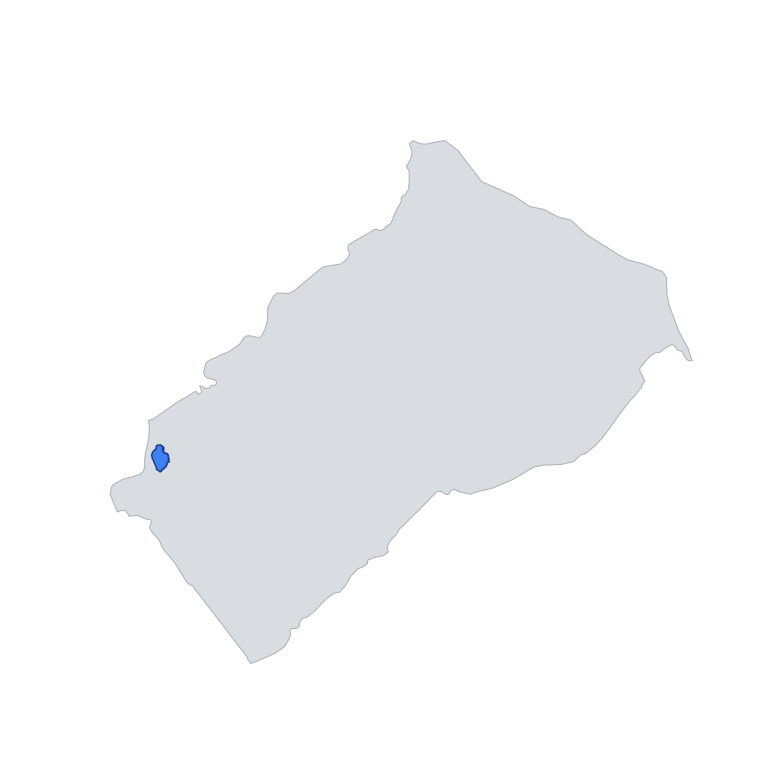 Yunyoo-nasuan, Northern, Ghana shown in context, rotated 233°
{"feature_id": "2480657B16330149254954", "entity_name": "Yunyoo-nasuan", "entity_type": "district", "adm_level": 2, "iso_a3": "GHA", "parent_name": "Ghana", "parent_adm1": "Northern", "projection": "robinson", "projection_center": [-0.116, 10.434], "detail": "fine", "context": "in_parent", "style": "filled", "palette": "blue", "viewbox_px": 768, "rotation_deg": 233, "n_neighbors": 0, "source": "geoboundaries", "source_scale": "gbopen_adm2", "svg_char_len": 5497}
<svg xmlns="http://www.w3.org/2000/svg" viewBox="0 0 768 768"><g transform="rotate(233 384 384)"><path d="M460.5,98.7L465.6,104.2L466.7,107.3L464.9,119.0L461.2,127.2L458.8,135.0L459.1,138.8L461.4,142.6L469.1,148.7L473.1,152.6L477.8,158.6L483.2,164.4L492.4,171.9L496.3,173.3L496.1,175.4L494.9,178.3L494.0,206.5L493.3,213.8L492.6,217.5L491.8,228.0L490.8,229.5L489.1,229.4L487.5,229.8L487.1,231.9L487.7,234.0L493.3,235.6L492.1,237.2L487.9,238.6L486.0,241.8L486.9,245.4L484.6,248.3L485.2,250.3L486.7,251.7L489.0,251.2L495.5,246.3L498.3,245.8L501.6,246.8L507.9,254.2L508.1,257.8L505.6,270.2L503.1,279.8L502.7,292.6L505.3,299.8L504.9,303.7L502.1,307.1L495.7,312.1L496.2,315.4L499.1,321.7L504.5,328.7L515.1,337.4L520.7,348.7L520.8,353.3L517.6,357.9L513.8,361.8L512.5,367.6L514.3,405.4L505.9,421.8L505.8,426.5L506.6,431.9L508.9,435.2L513.1,436.1L516.6,439.3L515.4,450.8L513.6,462.6L513.3,468.3L512.2,471.0L508.9,473.2L507.7,476.9L508.6,481.4L507.9,484.8L509.7,489.2L513.5,494.7L519.7,508.2L522.0,509.3L523.1,512.1L522.4,514.9L524.8,520.9L531.6,526.9L538.8,532.1L544.6,532.9L546.0,537.6L549.8,543.5L552.6,546.1L557.0,547.8L560.6,548.7L560.8,553.8L554.3,557.2L549.9,562.4L546.5,570.3L541.8,579.1L525.8,583.6L519.7,583.6L486.8,583.8L455.9,601.0L438.2,607.1L427.3,616.7L412.6,623.6L402.3,631.9L381.0,635.9L346.1,649.0L335.2,654.1L324.1,663.2L306.1,673.9L299.1,673.8L285.0,663.8L274.4,658.8L248.6,651.2L229.2,648.2L219.9,644.9L217.3,644.4L219.5,640.8L224.9,640.6L230.6,641.6L234.9,638.9L241.2,638.6L242.8,635.7L243.4,628.5L243.3,622.7L245.5,620.1L246.1,613.2L243.0,598.1L240.8,596.3L229.5,594.2L228.7,591.2L226.7,588.0L224.5,580.2L222.1,568.5L218.2,554.1L210.6,530.3L208.8,521.9L207.5,513.4L207.2,503.1L208.8,499.3L208.6,494.1L207.9,488.8L213.3,476.7L223.7,461.9L226.0,456.5L227.9,452.8L228.2,447.5L230.1,430.2L235.1,409.3L238.3,401.4L240.4,397.2L243.0,390.2L243.6,387.0L253.3,378.8L257.7,376.6L258.7,373.4L257.2,369.8L257.9,367.4L260.2,366.2L263.7,365.3L266.3,361.9L262.3,336.2L259.0,310.5L258.8,308.3L256.9,304.8L255.0,294.2L251.7,288.0L247.2,286.2L247.2,280.3L251.8,270.5L253.0,264.7L250.8,263.0L250.5,258.5L252.1,251.2L251.3,246.7L250.5,241.9L245.8,230.7L244.6,222.7L247.1,218.1L247.0,207.9L244.5,192.2L244.1,182.3L245.8,178.2L245.0,174.2L241.6,170.5L241.3,166.9L244.3,163.3L243.9,160.6L240.2,158.6L237.0,153.7L234.1,146.1L234.7,133.8L240.3,111.2L241.0,109.3L247.1,109.5L247.2,110.4L266.5,110.2L288.5,110.0L314.9,109.7L338.8,109.4L339.8,108.4L343.8,107.1L368.0,109.4L383.1,108.3L389.5,109.0L394.2,110.6L404.6,109.6L410.2,110.2L414.4,115.8L416.1,115.8L418.5,113.4L422.6,110.7L426.9,108.5L429.9,104.1L431.8,100.8L434.5,101.4L438.5,101.2L441.1,98.4L442.2,94.1L460.5,98.7Z" fill="#d9dde1" stroke="#a8b0b8" stroke-width="1"/><path d="M469.8,169.0L470.4,168.0L471.1,167.0L471.4,166.1L471.5,165.0L469.6,163.0L469.2,163.0L469.4,161.0L468.7,157.8L468.0,157.1L467.1,155.6L465.3,154.9L464.5,154.3L463.7,154.1L461.6,153.9L460.0,153.2L458.0,152.9L456.5,152.4L454.5,152.1L452.7,151.0L450.3,151.9L448.6,152.2L448.5,152.5L448.5,152.9L448.4,153.0L448.4,153.3L448.5,153.5L448.4,153.7L448.4,153.9L448.4,154.1L448.5,154.1L448.8,154.2L448.9,154.6L449.0,154.8L449.0,155.0L449.1,155.4L448.9,155.7L448.9,155.8L448.9,156.0L449.0,156.1L449.1,156.3L449.0,156.6L448.9,156.7L448.9,156.8L448.9,157.0L449.0,157.0L448.9,157.2L448.8,157.4L448.8,157.5L448.8,157.8L448.8,158.0L448.9,158.3L449.0,158.3L449.1,158.6L449.2,158.8L449.2,159.0L449.2,159.3L449.2,159.5L449.1,160.0L449.2,160.3L449.3,160.4L449.4,160.6L449.5,160.6L449.6,160.8L449.8,161.1L450.0,161.3L450.0,161.5L450.1,161.8L450.3,161.8L450.4,162.1L450.4,162.3L450.5,162.3L450.8,162.4L450.8,162.5L451.0,162.7L451.2,162.8L451.3,163.1L451.4,163.3L451.5,163.6L451.4,163.9L451.4,164.0L451.5,164.1L451.7,164.3L451.7,164.5L451.6,164.8L451.4,164.9L451.3,165.1L451.5,165.1L451.4,165.2L451.5,165.2L451.5,165.3L451.6,165.5L451.6,165.8L451.8,165.9L451.9,165.7L452.0,165.7L452.3,165.9L452.3,166.0L452.6,166.3L452.7,166.5L452.8,166.6L453.0,166.5L453.3,166.7L453.4,166.8L453.5,166.8L453.6,167.0L453.7,166.9L453.8,166.9L453.9,167.0L454.0,167.0L454.2,167.3L454.3,167.4L454.5,167.5L454.8,167.7L455.0,167.7L455.2,167.8L455.3,167.8L455.4,168.0L455.5,168.0L455.5,167.9L455.6,168.0L455.9,168.1L456.1,168.2L456.3,168.2L456.4,168.4L456.5,168.4L456.7,168.5L456.9,168.5L457.0,168.5L457.4,168.6L457.9,168.7L458.0,168.7L458.0,168.8L457.9,168.9L458.0,168.9L458.3,168.9L458.5,168.9L458.8,168.9L459.0,168.9L459.2,168.6L459.4,168.5L459.4,168.3L459.4,168.2L459.5,168.1L459.9,168.0L460.0,167.9L459.9,167.6L460.1,167.6L460.3,167.5L460.5,167.6L460.6,167.3L460.8,167.4L461.0,167.4L461.1,167.2L461.3,167.1L461.4,166.9L461.5,166.9L461.8,166.9L461.9,167.0L462.0,167.0L462.2,167.3L462.3,167.4L462.4,167.5L462.5,167.5L462.8,167.5L462.9,167.4L462.9,167.5L463.0,167.5L463.1,167.4L463.3,167.5L463.6,167.7L463.7,167.8L463.8,167.8L463.8,168.0L464.0,168.1L464.3,167.9L464.3,168.2L464.4,168.3L464.5,168.2L464.5,168.3L464.6,168.2L464.6,168.3L464.7,168.2L464.9,168.3L464.9,168.2L465.0,168.2L465.3,168.1L465.3,168.3L465.4,168.5L465.4,168.8L465.5,168.8L465.4,168.9L465.5,169.0L465.5,168.9L465.5,169.0L465.6,169.3L465.6,169.2L465.6,169.3L465.7,169.5L465.4,169.7L465.4,169.8L465.5,169.8L465.8,169.8L466.0,169.7L466.1,169.8L466.2,169.7L466.5,169.8L466.7,169.7L466.8,169.7L467.1,169.6L467.3,169.5L467.6,169.6L467.8,169.6L468.0,169.6L468.0,169.4L468.2,169.2L468.3,169.1L468.5,169.2L468.5,169.3L468.8,169.2L469.1,169.1L469.3,169.0L469.5,169.0L469.6,168.9L469.9,168.7L469.8,169.0Z" fill="#3b82f6" stroke="#1e3a8a" stroke-width="1.5"/></g></svg>